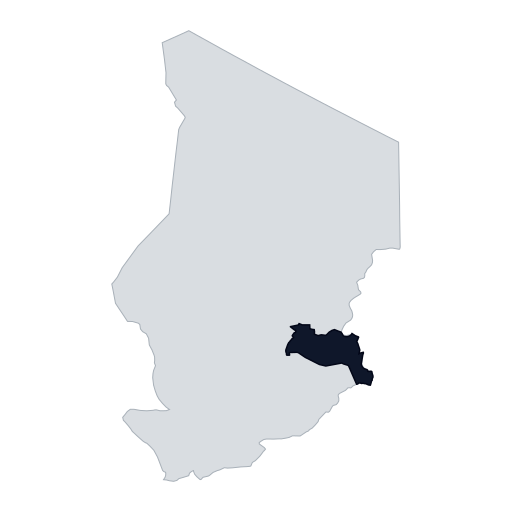 Chad, with Sila highlighted
{"feature_id": "TCD-5582", "entity_name": "Sila", "entity_type": "Prefecture", "adm_level": 1, "iso_a3": "TCD", "parent_name": "Chad", "parent_adm1": "", "projection": "orthographic", "projection_center": [21.327, 12.006], "detail": "fine", "context": "in_parent", "style": "filled", "palette": "ink", "viewbox_px": 512, "rotation_deg": 0, "n_neighbors": 0, "source": "natural_earth", "source_scale": "10m", "svg_char_len": 5850}
<svg xmlns="http://www.w3.org/2000/svg" viewBox="0 0 512 512"><path d="M398.6,142.2L398.8,154.7L399.0,167.3L399.2,179.9L399.4,192.5L399.6,205.1L399.7,217.7L399.9,230.3L400.1,242.9L400.2,247.1L399.8,248.7L399.7,249.0L399.2,249.3L392.7,248.1L389.8,248.1L385.8,249.1L380.0,249.6L376.2,249.5L373.6,251.7L371.6,254.3L372.6,260.6L372.4,262.6L371.6,264.8L369.8,266.7L368.1,268.2L367.0,269.5L365.7,272.3L364.7,273.6L364.8,275.4L364.5,277.3L363.5,278.3L360.7,279.0L359.0,279.9L357.6,281.2L356.6,282.2L357.1,283.5L357.8,285.3L358.2,288.1L358.5,289.7L359.9,291.1L360.7,292.0L361.0,293.2L360.2,294.2L356.9,296.2L355.5,297.0L354.0,298.0L353.4,298.4L351.0,300.4L349.7,302.1L349.1,303.5L349.2,305.5L350.4,308.4L351.8,310.9L352.3,312.8L352.7,314.9L352.5,316.8L351.8,318.5L350.6,320.1L346.0,323.0L343.7,326.2L341.9,330.0L341.4,332.2L342.0,333.6L342.9,334.7L344.3,335.3L346.3,335.5L349.6,334.9L352.7,334.4L356.0,335.8L357.8,339.0L357.1,341.4L358.4,345.7L359.5,350.9L359.4,352.6L359.9,353.3L362.0,353.6L362.5,354.8L361.8,363.9L362.8,366.4L364.2,368.2L365.8,369.2L367.3,370.4L368.2,371.2L370.0,371.4L372.0,373.0L372.6,375.2L372.5,377.4L371.3,382.0L370.4,385.1L369.2,384.9L366.7,384.2L363.8,383.5L360.2,383.0L356.7,384.3L353.0,385.9L351.8,387.1L350.8,387.9L349.1,387.7L347.6,388.0L346.8,389.1L345.4,390.4L340.1,393.1L338.9,394.0L338.2,395.0L338.2,396.1L338.8,398.2L338.8,400.9L337.6,403.1L336.2,404.6L334.6,405.1L333.3,405.4L332.4,406.3L329.6,411.3L328.4,412.2L325.9,412.0L318.8,419.4L318.1,421.6L315.5,424.7L312.2,428.1L309.2,429.8L309.0,430.4L308.2,431.1L306.4,431.8L300.1,436.0L292.5,435.8L289.2,437.4L285.9,438.1L281.2,438.9L279.8,438.8L273.7,439.1L266.6,439.0L263.8,439.5L261.2,441.1L259.3,442.5L259.1,442.9L259.3,443.5L259.3,444.0L264.2,447.5L265.5,449.1L264.2,450.8L263.6,451.0L262.7,452.4L259.8,456.2L255.3,460.7L253.0,462.0L252.1,462.9L250.9,465.9L250.1,466.3L247.0,466.6L241.0,466.9L232.6,467.8L227.5,468.1L224.4,467.7L220.0,469.8L218.4,470.3L217.5,470.5L213.1,472.4L209.4,475.5L208.2,476.1L203.0,477.3L201.0,479.5L200.1,479.6L196.8,476.7L194.6,474.1L193.6,471.5L193.5,470.6L192.8,470.8L191.0,471.9L189.5,473.2L188.7,475.7L183.5,477.3L178.9,478.6L176.9,480.4L173.7,481.3L169.7,480.8L166.6,480.0L163.5,479.7L165.0,477.4L165.6,475.8L165.8,473.7L165.6,472.3L163.7,471.5L162.6,470.4L160.1,463.8L157.5,457.0L153.8,450.2L149.7,445.9L146.8,443.2L145.8,442.9L144.3,442.0L143.2,441.3L137.9,436.6L132.3,431.4L130.9,429.1L128.1,425.5L125.0,421.9L123.4,420.3L122.7,417.3L124.9,414.7L127.3,411.5L130.3,409.3L134.0,409.3L140.1,410.4L146.7,410.8L153.2,410.3L154.9,409.9L156.6,409.9L160.1,410.8L166.3,410.7L169.5,409.5L166.1,407.1L162.5,403.4L159.1,399.3L157.1,395.7L155.3,391.0L153.6,385.2L152.7,377.7L153.0,373.5L153.6,370.5L155.5,365.7L154.4,362.8L154.7,360.4L154.6,357.0L154.1,355.2L151.8,349.5L151.4,348.9L149.3,344.9L148.6,338.2L146.3,333.8L142.6,331.6L140.5,329.0L139.8,324.5L138.4,323.2L132.5,321.5L127.5,321.4L124.1,316.2L119.6,309.5L115.5,303.3L113.2,291.0L111.8,284.0L113.7,281.9L117.4,277.1L122.2,267.7L132.7,253.3L138.1,245.9L148.8,234.9L161.8,221.4L169.1,213.8L170.7,199.7L172.3,184.8L173.6,173.6L175.1,160.3L176.4,149.1L177.4,141.0L178.7,129.6L179.6,127.4L184.8,118.5L185.2,117.3L184.4,115.8L177.7,108.0L175.6,106.2L174.5,102.2L176.4,100.0L168.6,87.1L166.6,85.5L165.8,83.9L165.8,81.6L166.0,72.7L164.4,58.8L162.2,42.7L172.0,38.3L179.4,35.0L188.8,30.7L197.2,35.4L209.5,42.2L221.7,49.0L234.1,55.8L246.5,62.5L258.9,69.3L271.4,76.0L283.9,82.7L296.5,89.4L309.1,96.0L321.8,102.7L334.5,109.3L347.3,115.9L360.0,122.5L372.9,129.1L385.7,135.7L398.6,142.2Z" fill="#d9dde1" stroke="#a8b0b8" stroke-width="1"/><path d="M361.9,383.5L361.3,383.4L360.7,382.9L360.4,383.1L360.1,383.1L359.7,382.9L359.2,382.9L358.9,382.9L358.6,383.1L358.1,383.7L357.7,383.9L357.3,384.1L356.6,384.2L348.7,366.1L348.3,365.6L347.6,365.2L343.4,363.9L342.3,363.3L341.9,363.1L341.4,363.1L325.8,366.0L319.4,364.5L305.3,357.4L298.4,352.7L297.8,352.5L297.0,352.3L289.8,352.5L289.5,352.6L289.4,352.7L289.3,352.9L289.3,353.3L289.6,354.9L289.6,355.0L289.4,355.2L289.2,355.2L287.9,355.2L287.2,355.2L286.9,355.2L286.6,354.9L286.5,354.6L286.4,353.1L286.3,352.7L285.9,352.0L285.8,350.4L285.9,349.8L287.7,344.7L288.6,342.9L288.7,342.7L288.9,342.5L289.0,342.4L289.2,342.2L289.4,342.1L289.6,341.9L290.2,340.9L291.2,339.9L291.9,338.9L292.1,338.7L292.3,338.5L292.4,338.4L292.6,338.3L293.0,338.1L293.4,337.8L293.5,337.6L293.6,337.4L293.4,337.1L292.5,336.2L292.3,335.9L292.3,335.5L292.5,335.2L294.3,332.7L294.5,332.6L294.8,332.6L295.1,332.6L295.4,332.5L295.6,332.2L295.8,331.9L295.8,331.7L295.7,331.1L295.8,330.7L295.7,330.3L295.6,330.2L295.4,330.1L295.0,330.2L294.9,330.2L294.7,330.1L290.7,327.0L290.5,326.8L290.5,326.6L297.8,325.1L298.1,325.0L298.2,324.9L298.4,324.7L299.1,323.6L302.3,324.9L305.4,324.9L309.7,324.9L309.9,328.7L311.9,329.3L314.2,329.6L314.5,331.6L314.4,334.2L318.1,335.6L321.2,334.8L324.1,335.1L325.2,335.4L326.6,334.8L329.1,332.2L332.0,330.4L334.5,329.6L337.9,331.0L341.0,332.1L341.1,332.4L341.9,333.3L343.0,335.4L343.5,336.0L344.5,336.4L345.7,336.6L346.8,336.7L347.9,336.5L349.2,336.1L350.3,335.5L351.2,334.7L352.0,333.5L355.4,335.8L358.3,336.8L358.6,337.2L357.3,340.5L356.6,341.4L356.7,341.7L357.6,343.2L359.7,349.5L359.7,349.9L359.8,350.2L359.7,350.5L359.0,353.7L359.4,353.5L359.7,353.3L361.5,352.7L362.6,352.5L362.9,352.7L363.2,352.3L363.3,352.4L363.4,352.9L363.3,353.4L362.8,354.8L361.3,363.6L361.4,364.9L362.0,366.3L362.8,367.5L363.8,368.4L364.8,368.9L367.0,369.6L367.7,370.3L367.8,370.6L367.8,371.4L368.1,371.5L370.8,371.2L371.4,371.3L371.8,371.6L372.2,373.6L372.9,375.7L372.9,376.1L373.0,376.9L372.9,377.4L372.4,378.4L372.2,378.9L372.2,379.5L372.1,380.1L372.1,380.4L371.6,380.8L371.5,381.1L370.4,385.1L368.9,385.0L367.2,384.4L366.5,383.9L365.4,383.6L365.1,383.6L364.2,383.6L363.9,383.5L363.4,383.3L363.1,383.2L362.5,383.3L361.9,383.5Z" fill="#0f172a" stroke="#020617" stroke-width="1.5"/></svg>